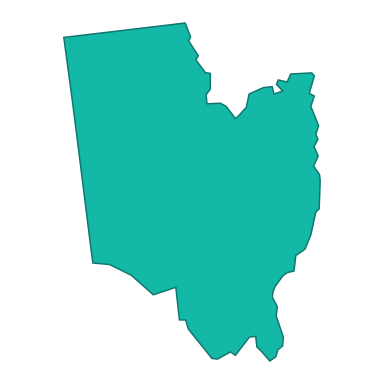 outline of Saratoga, New York, United States of America
{"feature_id": "52423323B97730067298662", "entity_name": "Saratoga", "entity_type": "district", "adm_level": 2, "iso_a3": "USA", "parent_name": "United States of America", "parent_adm1": "New York", "projection": "robinson", "projection_center": [-73.751, 43.087], "detail": "fine", "context": "isolated", "style": "filled", "palette": "teal", "viewbox_px": 384, "rotation_deg": 0, "n_neighbors": 0, "source": "geoboundaries", "source_scale": "gbopen_adm2", "svg_char_len": 1027}
<svg xmlns="http://www.w3.org/2000/svg" viewBox="0 0 384 384"><path d="M275.9,356.7L277.8,349.9L282.6,346.0L283.4,337.3L276.2,315.9L277.4,306.9L272.4,297.3L272.8,292.7L274.9,286.7L283.0,275.7L287.3,272.6L294.0,271.0L295.8,255.5L305.0,249.2L310.8,235.0L315.8,212.1L319.2,208.8L320.2,180.7L319.5,174.5L313.6,166.2L318.2,156.1L314.0,146.6L317.9,139.4L315.8,134.3L318.6,125.7L310.8,106.4L314.3,96.0L309.2,93.4L314.4,76.0L311.7,72.9L290.7,74.0L287.2,81.9L278.2,80.0L276.5,84.4L282.7,91.0L274.0,94.0L272.2,86.6L263.1,87.7L249.1,94.0L246.3,107.3L237.7,116.8L235.3,118.4L226.2,106.4L220.3,103.2L207.0,103.8L206.1,94.8L210.3,89.2L210.4,73.4L205.5,72.7L195.8,59.8L198.3,55.8L188.7,40.9L190.6,36.9L185.1,23.0L63.8,37.4L72.4,101.2L79.3,155.6L90.9,248.4L91.2,250.3L92.9,263.0L109.4,264.5L131.2,275.2L153.3,294.8L175.8,287.3L179.4,319.9L185.7,320.0L188.3,329.0L211.9,358.4L217.5,359.1L230.5,351.9L235.4,355.3L249.4,337.1L255.7,336.4L256.9,347.0L261.0,350.9L269.9,361.0L275.9,356.7Z" fill="#14b8a6" stroke="#0f766e" stroke-width="1.5"/></svg>